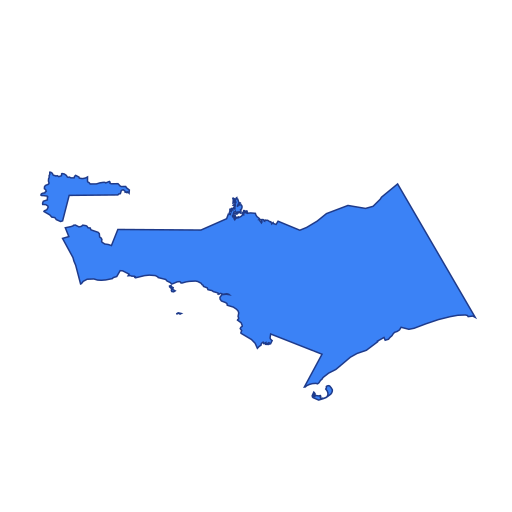 Northern Peninsula Area, Queensland, Australia, rotated 247°
{"feature_id": "25037944B13244512579669", "entity_name": "Northern Peninsula Area", "entity_type": "district", "adm_level": 2, "iso_a3": "AUS", "parent_name": "Australia", "parent_adm1": "Queensland", "projection": "robinson", "projection_center": [142.362, -10.972], "detail": "fine", "context": "isolated", "style": "filled", "palette": "blue", "viewbox_px": 512, "rotation_deg": 247, "n_neighbors": 0, "source": "geoboundaries", "source_scale": "gbopen_adm2", "svg_char_len": 6112}
<svg xmlns="http://www.w3.org/2000/svg" viewBox="0 0 512 512"><g transform="rotate(247 256 256)"><path d="M285.0,274.8L284.3,273.9L287.5,273.2L287.8,273.8L288.3,273.0L288.5,273.8L289.0,273.8L292.0,272.2L294.3,271.9L295.5,272.1L297.8,267.8L298.7,264.5L299.8,263.7L299.9,265.2L301.1,265.2L301.4,263.5L300.1,263.1L300.2,262.1L300.7,262.0L301.7,263.2L302.2,263.2L302.6,262.4L301.5,261.6L300.9,259.8L300.4,259.8L299.7,260.9L298.7,260.8L299.0,259.5L298.3,258.0L298.1,254.8L298.2,254.4L298.8,255.2L299.0,255.0L298.7,253.7L299.3,253.1L298.6,252.8L298.6,252.0L297.6,250.6L299.0,250.3L299.3,250.6L299.0,251.3L300.2,250.9L300.1,252.3L301.2,252.6L301.5,251.6L300.9,250.9L300.8,250.1L301.4,249.8L302.1,250.5L302.5,250.3L302.7,250.7L302.3,251.4L303.3,252.4L302.6,253.7L303.2,253.4L304.0,251.9L304.9,252.7L305.0,253.8L305.4,254.5L303.5,254.7L302.8,255.3L303.6,255.5L303.3,256.0L303.7,256.5L303.4,257.1L302.7,256.9L303.0,258.0L302.2,258.0L301.6,258.5L303.2,259.8L304.6,259.8L304.9,261.1L306.5,262.3L307.6,262.6L308.8,262.4L309.2,261.6L309.6,260.0L308.7,257.9L310.8,260.0L310.6,261.2L310.8,262.3L311.2,262.1L311.7,261.1L315.5,261.4L316.1,260.8L317.2,261.1L317.0,260.3L315.9,259.3L318.2,257.7L318.2,257.2L316.5,257.0L315.7,257.6L315.8,256.6L313.7,255.5L313.8,256.4L314.7,257.9L314.5,258.4L313.4,258.6L312.9,258.1L313.1,257.2L310.9,256.9L310.1,256.3L311.9,255.7L311.5,254.8L311.0,255.4L309.5,255.7L307.7,255.1L307.5,254.9L308.3,254.2L308.9,254.5L309.3,254.2L308.6,252.9L307.9,252.7L309.3,252.2L309.3,251.5L307.9,251.0L307.2,251.3L306.5,250.6L307.7,250.2L308.5,250.4L308.9,250.1L307.4,249.5L306.5,248.5L305.5,248.5L304.9,249.1L304.2,248.6L305.2,247.1L305.9,247.4L301.8,243.5L301.4,215.5L334.4,139.2L322.1,127.0L324.4,124.4L326.1,121.5L328.8,119.7L329.8,119.6L331.4,120.6L333.0,120.5L334.6,119.5L337.8,120.5L339.5,119.9L344.2,114.7L344.8,114.2L346.5,114.4L347.6,112.4L349.3,112.1L350.3,111.4L352.1,108.6L351.5,106.8L352.0,104.4L355.1,101.8L355.6,100.0L355.2,99.3L355.4,97.0L356.5,91.5L347.0,91.3L347.8,84.8L326.1,86.9L322.4,86.4L317.9,86.4L298.8,83.6L298.8,84.5L300.2,87.1L300.6,91.5L298.2,97.8L295.8,100.7L294.1,104.1L292.7,108.3L291.3,115.0L291.9,116.2L291.5,119.8L295.6,125.2L294.5,127.4L288.9,132.1L287.8,130.6L287.0,132.8L286.1,133.6L284.9,136.1L284.1,136.8L283.6,136.1L283.0,136.6L281.5,145.7L280.1,150.3L277.3,155.7L275.1,157.5L274.4,157.5L269.7,163.7L267.8,164.3L264.8,166.9L263.3,167.2L263.0,168.3L263.0,173.3L262.4,175.4L261.7,176.2L260.5,176.4L260.0,177.5L259.5,181.6L258.7,184.7L256.6,190.5L255.3,192.4L252.4,194.8L250.6,195.2L249.7,195.9L248.5,195.8L245.7,198.7L243.8,198.6L241.3,202.0L239.9,202.8L237.4,205.9L236.5,206.7L235.9,206.3L235.8,206.9L235.3,206.9L235.5,208.8L233.6,210.8L232.7,214.4L231.4,216.0L230.8,216.3L232.4,213.8L233.7,209.5L232.1,206.7L230.3,206.1L228.1,206.6L225.2,209.6L223.7,210.7L221.9,210.3L217.8,215.2L214.7,217.2L212.6,218.0L210.4,217.9L207.4,215.9L205.6,215.8L204.8,215.3L204.7,214.4L204.2,213.9L200.4,216.2L197.6,216.2L196.6,215.8L196.3,214.2L195.3,213.1L193.0,213.7L191.3,212.1L190.7,212.0L180.9,219.2L176.0,221.1L170.5,221.2L171.6,223.8L171.9,225.7L173.1,226.5L173.9,228.2L173.8,229.0L172.4,228.9L172.5,231.2L171.0,230.2L170.0,232.3L171.1,232.2L170.9,232.8L171.3,233.9L171.1,234.2L169.7,233.8L169.5,235.1L171.8,237.8L173.6,236.9L175.0,236.9L178.5,239.0L139.8,278.4L116.5,249.3L116.2,250.2L116.8,251.9L116.9,255.2L116.5,258.0L115.4,261.3L114.3,262.7L114.7,264.4L116.2,266.6L117.0,269.0L117.5,269.4L118.1,270.7L119.8,277.0L120.4,285.3L126.0,303.4L126.8,311.0L126.1,320.8L129.5,334.4L129.9,334.9L130.2,334.7L131.0,342.0L128.0,342.0L127.6,345.4L128.7,347.5L129.5,350.0L130.7,351.7L131.6,353.7L131.4,356.5L131.9,359.2L133.7,361.7L128.8,368.1L127.7,373.3L127.2,385.9L126.2,399.0L124.3,411.0L122.6,418.6L119.9,425.7L118.6,427.4L117.3,427.6L116.0,432.1L113.9,433.8L267.0,414.5L261.1,394.5L259.7,392.5L256.0,383.2L257.0,375.4L266.6,360.4L267.5,337.4L264.2,325.9L262.5,313.7L262.6,306.4L279.4,289.9L277.2,286.8L279.0,284.8L280.1,284.8L279.4,283.1L280.4,283.3L281.0,282.8L281.8,283.0L282.2,282.1L284.3,280.7L284.7,279.6L285.3,279.0L285.1,277.9L284.6,277.6L285.2,277.1L286.0,277.4L286.8,276.7L287.4,275.2L285.0,274.8ZM366.2,165.2L369.3,163.5L370.9,163.2L372.6,159.1L373.3,158.4L376.5,157.2L379.0,151.0L380.0,150.0L381.0,150.5L381.9,150.2L382.0,146.2L382.8,145.7L383.5,144.1L384.3,141.0L384.7,137.3L387.1,131.5L388.8,131.0L389.9,130.1L390.6,130.1L394.6,131.8L394.4,129.6L394.9,127.0L395.4,125.9L396.7,123.8L397.8,123.9L400.7,121.5L400.2,120.1L399.0,119.1L400.2,116.2L401.6,115.0L401.8,113.8L402.4,113.2L404.3,112.9L406.4,111.6L407.7,109.7L407.6,109.2L405.9,108.3L406.1,105.5L407.6,104.4L407.8,103.0L408.8,102.2L408.9,101.6L409.8,100.9L411.7,100.8L413.3,99.8L413.7,98.9L411.6,98.0L411.0,97.1L409.1,96.3L408.2,95.3L406.1,94.2L404.0,94.0L403.2,93.0L403.2,89.7L402.3,88.3L400.6,87.5L399.3,88.3L397.5,88.2L397.1,86.7L396.6,86.3L397.1,84.4L397.1,82.8L396.2,81.8L395.3,82.4L394.8,83.7L392.8,87.1L391.7,87.4L391.3,86.8L389.2,85.9L389.5,81.6L388.0,80.2L386.8,79.8L385.4,82.6L383.4,83.9L382.2,83.8L380.3,81.6L380.3,78.8L379.8,78.2L374.3,82.3L371.6,83.2L370.0,85.8L367.5,86.4L364.1,89.6L363.9,91.7L384.8,107.7L366.2,152.7L366.7,153.8L366.4,155.5L368.8,157.5L369.0,158.6L368.8,159.7L368.2,160.1L366.6,160.8L365.8,160.5L365.4,162.2L364.3,161.5L365.1,162.6L364.8,163.2L363.4,163.7L366.2,165.2ZM98.3,265.2L99.6,270.8L100.5,272.3L101.9,273.5L103.0,274.0L104.9,273.8L107.4,273.1L108.2,272.4L108.6,270.8L108.4,269.8L107.0,269.2L106.3,268.2L104.0,268.8L101.9,268.7L100.0,267.9L98.7,266.3L98.5,265.5L98.5,262.8L99.4,261.1L99.4,260.0L100.6,259.9L101.3,260.1L101.2,260.5L101.6,260.8L102.4,260.7L102.8,258.8L104.5,256.2L105.9,256.2L106.1,256.5L106.6,256.3L105.9,255.5L103.8,255.2L104.1,254.6L105.5,254.1L107.0,255.5L107.3,256.3L108.1,256.0L105.4,253.1L104.2,252.9L103.2,253.3L98.9,257.4L98.4,262.2L98.3,265.2ZM255.5,168.0L257.6,166.4L258.3,166.6L259.2,167.4L260.6,166.3L261.9,166.2L262.2,164.7L261.4,164.4L258.7,165.6L257.4,164.6L256.2,164.6L255.2,166.2L255.5,168.0ZM233.3,162.5L232.2,163.4L232.3,164.7L234.1,162.2L233.8,160.0L233.5,160.9L233.8,161.7L233.3,162.5Z" fill="#3b82f6" stroke="#1e3a8a" stroke-width="1.5"/></g></svg>